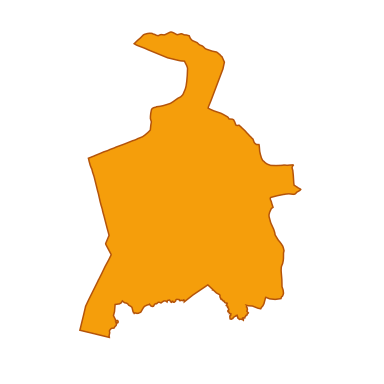 Kota Subulussalam, Aceh, Indonesia, rotated 8°
{"feature_id": "22746128B20185680371825", "entity_name": "Kota Subulussalam", "entity_type": "district", "adm_level": 2, "iso_a3": "IDN", "parent_name": "Indonesia", "parent_adm1": "Aceh", "projection": "orthographic", "projection_center": [97.94, 2.756], "detail": "fine", "context": "isolated", "style": "filled", "palette": "amber", "viewbox_px": 384, "rotation_deg": 8, "n_neighbors": 0, "source": "geoboundaries", "source_scale": "gbopen_adm2", "svg_char_len": 6028}
<svg xmlns="http://www.w3.org/2000/svg" viewBox="0 0 384 384"><g transform="rotate(8 192 192)"><path d="M100.2,344.5L130.4,347.5L130.3,347.0L129.9,346.4L130.1,342.7L129.8,342.1L129.6,340.9L129.7,340.5L130.5,339.1L131.1,338.4L131.8,338.0L133.1,337.8L133.8,337.5L134.4,336.0L135.4,334.8L135.6,333.5L135.3,332.6L134.6,331.3L134.8,331.3L135.8,332.1L136.3,332.1L136.6,332.0L136.9,331.4L137.0,330.9L136.5,329.9L136.2,329.6L135.9,329.6L135.3,329.8L134.3,329.7L133.9,329.3L133.9,329.0L131.4,325.3L131.9,321.2L131.5,314.1L135.9,312.8L136.3,312.3L137.0,312.0L137.8,310.6L138.2,309.6L140.5,311.0L142.7,311.2L143.9,311.7L145.1,312.9L147.2,313.7L148.6,314.6L150.3,318.8L150.8,319.2L150.9,319.7L151.6,319.9L151.7,320.1L151.9,319.8L152.3,319.9L152.6,319.7L153.4,319.7L154.4,319.9L155.9,319.5L157.0,318.7L157.8,318.3L158.1,317.9L159.8,313.7L160.8,311.9L163.3,310.2L165.2,309.4L165.5,309.0L167.0,310.5L168.6,310.9L169.0,310.8L169.7,310.5L169.9,310.2L170.2,309.2L171.1,307.9L171.7,307.6L172.5,307.6L173.8,306.0L174.5,305.8L175.3,305.8L176.7,306.2L177.7,305.2L178.7,304.3L179.4,303.8L180.4,303.6L181.5,303.7L182.6,304.4L182.8,303.1L183.2,302.6L184.1,302.4L184.5,302.1L185.1,302.3L185.9,303.4L186.4,303.9L186.7,304.0L187.0,304.1L187.3,303.3L187.6,302.9L188.2,302.9L188.4,303.5L188.7,303.7L189.6,303.7L189.9,303.5L190.9,302.3L191.2,300.8L191.9,300.4L194.3,300.3L194.6,300.4L194.6,300.9L195.2,301.4L196.6,300.7L197.6,300.9L198.0,300.8L198.4,300.2L198.9,299.9L199.2,300.3L199.4,300.6L199.6,301.9L207.3,293.8L220.6,281.8L226.6,286.0L226.4,286.2L227.0,286.3L230.3,288.6L233.6,289.8L234.1,290.5L234.2,291.6L234.3,292.0L234.7,292.4L234.7,292.8L235.3,293.3L235.3,293.8L236.3,294.1L236.2,294.4L236.8,294.5L237.3,294.8L237.6,295.3L238.2,295.4L238.3,295.6L238.7,295.7L238.9,295.9L239.1,295.8L239.2,296.2L239.6,296.4L239.7,296.7L240.1,297.0L241.1,297.1L241.4,297.4L241.6,297.4L241.7,297.2L241.9,297.1L242.2,297.4L242.4,297.4L242.3,298.3L241.7,299.4L241.7,299.7L242.4,300.0L242.8,300.0L243.3,300.3L243.3,301.3L243.7,301.4L243.8,301.7L244.2,302.1L244.8,303.3L244.0,304.6L244.1,305.0L244.5,304.8L244.4,305.5L244.8,305.5L245.3,306.1L245.5,306.0L246.0,306.9L246.0,307.2L246.6,307.0L247.4,307.1L247.4,307.6L247.6,308.4L247.4,308.6L247.3,309.1L246.9,309.2L246.7,309.5L247.0,311.0L247.4,312.4L248.1,312.5L249.0,312.4L249.6,311.6L250.0,311.6L250.1,311.4L250.6,310.5L251.4,309.5L252.6,308.8L252.8,308.2L253.9,307.8L254.2,309.0L254.6,309.3L254.8,310.4L255.3,310.5L255.9,310.9L256.3,311.4L256.8,311.6L257.5,311.2L258.6,311.2L259.8,311.3L260.7,311.8L260.7,311.2L260.1,310.5L259.5,310.2L259.5,309.9L259.8,309.6L260.2,309.4L261.4,309.5L261.8,309.4L261.8,308.8L261.9,308.3L262.4,307.7L262.6,306.7L263.6,306.2L263.7,305.0L264.3,304.5L264.6,303.8L263.9,303.3L262.9,302.4L262.9,302.0L263.2,301.3L263.2,300.4L262.9,300.2L262.9,299.2L261.9,298.3L262.0,297.3L261.9,296.8L261.7,296.6L263.4,296.8L267.7,296.5L273.5,297.9L276.3,298.1L276.8,296.7L278.0,294.9L278.8,292.6L279.5,286.7L279.8,286.0L283.8,287.0L289.3,286.8L294.9,285.2L295.3,283.3L296.1,282.5L296.5,281.0L296.7,279.5L295.9,276.5L294.3,273.2L293.2,266.4L291.2,257.5L290.9,254.3L291.0,252.9L291.7,250.2L291.9,247.2L291.8,245.0L291.1,239.6L291.3,237.4L290.3,234.8L289.4,233.0L287.6,230.9L285.9,229.2L284.1,227.6L280.9,223.7L280.1,222.6L279.9,221.6L279.4,220.3L278.1,217.6L274.4,211.8L273.7,210.3L271.8,205.8L271.4,203.9L271.7,201.2L272.8,197.6L273.2,197.0L274.4,195.9L272.4,191.9L272.1,191.0L271.6,190.0L270.8,188.9L270.3,187.2L270.7,186.5L271.5,186.1L277.0,183.8L282.9,181.7L283.8,181.5L284.8,181.1L288.2,180.3L292.2,180.2L293.2,180.1L294.2,179.7L294.9,179.0L295.8,177.6L298.5,175.5L299.1,174.7L299.3,174.3L298.9,174.0L296.7,173.2L292.1,171.0L291.5,168.8L290.0,161.5L288.8,156.6L287.8,154.3L287.7,153.7L288.1,152.1L288.6,151.4L288.5,151.2L288.1,151.1L284.7,151.8L282.8,152.3L281.6,152.4L280.6,152.4L279.0,152.6L277.3,153.1L271.7,154.1L267.2,154.6L266.1,154.7L263.4,154.1L261.9,153.6L260.2,152.7L259.1,151.8L257.7,151.0L256.8,149.8L256.0,148.6L254.5,145.3L253.4,142.4L252.3,137.5L251.9,136.1L251.7,135.7L249.1,136.0L247.3,134.9L246.5,134.0L245.2,131.5L244.7,130.8L243.6,130.2L242.5,129.2L240.8,128.1L240.3,127.5L238.4,126.1L236.1,124.1L233.0,121.9L232.1,121.3L231.6,120.8L231.3,120.7L229.3,119.3L227.5,119.9L226.1,119.6L225.9,119.3L225.5,118.4L224.5,116.6L223.1,114.7L221.8,114.3L218.5,114.5L217.5,113.2L216.6,112.6L212.3,110.9L209.7,110.0L202.3,108.6L198.1,107.4L196.3,106.7L196.4,105.4L198.1,98.7L205.5,65.8L206.0,58.9L202.9,53.9L201.0,52.7L200.5,52.0L199.4,51.5L198.4,50.8L196.9,50.0L192.5,49.7L186.5,48.6L185.0,48.1L182.9,46.5L181.5,45.8L179.5,45.4L178.2,44.8L176.3,43.4L171.4,42.0L170.4,41.4L168.9,40.0L167.5,37.7L164.6,37.3L162.5,37.5L160.1,36.8L159.2,36.8L156.1,38.1L155.4,38.3L154.4,38.0L151.5,36.9L149.7,36.5L148.8,36.5L147.9,36.9L143.6,39.8L142.6,40.3L139.6,40.4L138.7,40.7L136.8,41.9L135.8,41.9L134.6,41.7L133.1,41.1L132.0,41.1L130.3,40.5L127.9,40.7L125.7,41.3L123.0,42.5L122.0,43.2L119.5,46.6L117.0,49.4L114.1,53.2L116.5,54.2L118.4,54.7L125.1,56.2L128.8,57.3L149.2,62.5L160.5,63.6L162.6,63.7L166.3,63.5L168.6,66.8L169.0,67.3L169.9,69.0L170.4,70.2L171.1,77.4L171.4,83.0L171.4,87.9L171.0,91.1L169.5,96.6L169.1,97.3L168.0,98.8L167.5,99.4L164.9,101.2L160.5,105.4L158.2,107.3L154.9,108.9L151.2,110.6L148.4,111.6L145.0,112.5L144.1,113.2L143.0,113.5L141.9,114.1L140.9,115.0L140.4,116.1L140.2,119.7L140.3,122.7L140.6,125.1L141.6,127.3L142.0,128.2L141.9,131.5L142.1,136.5L140.0,139.3L137.4,142.2L135.4,144.1L132.0,146.1L131.3,146.4L129.2,147.9L127.6,148.8L126.2,149.4L118.4,153.9L110.3,158.2L109.2,159.0L104.7,161.4L102.8,162.7L98.9,164.6L96.0,166.4L84.7,173.0L85.3,174.3L85.6,175.3L87.4,179.5L88.7,181.9L89.6,183.2L90.8,186.2L92.9,190.4L98.4,204.1L99.5,206.6L102.3,214.1L103.7,217.5L105.6,221.6L106.0,222.9L107.1,225.6L108.1,227.8L112.8,239.2L115.6,245.7L115.9,246.6L113.7,254.9L113.7,255.3L114.1,256.1L120.6,265.1L120.6,265.8L119.0,270.7L116.3,277.9L113.9,285.5L111.7,292.0L111.4,292.4L111.4,292.9L104.7,313.0L102.5,320.1L102.5,320.7L101.7,329.5L100.2,344.5Z" fill="#f59e0b" stroke="#b45309" stroke-width="1.5"/></g></svg>